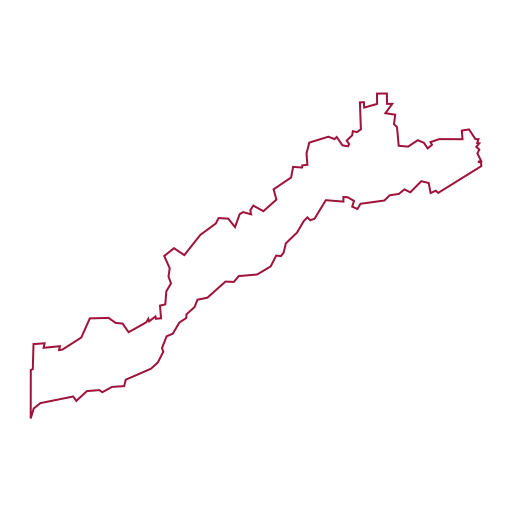 Pijiño Del Carmen, Magdalena, Colombia (Robinson projection)
{"feature_id": "7082276B92401866793230", "entity_name": "Pijiño Del Carmen", "entity_type": "district", "adm_level": 2, "iso_a3": "COL", "parent_name": "Colombia", "parent_adm1": "Magdalena", "projection": "robinson", "projection_center": [-74.146, 9.518], "detail": "medium", "context": "isolated", "style": "outline", "palette": "rose", "viewbox_px": 512, "rotation_deg": 0, "n_neighbors": 0, "source": "geoboundaries", "source_scale": "gbopen_adm2", "svg_char_len": 1908}
<svg xmlns="http://www.w3.org/2000/svg" viewBox="0 0 512 512"><path d="M481.3,166.1L481.1,162.7L478.0,161.7L481.2,161.1L477.4,153.4L479.3,149.5L476.3,146.9L479.3,143.3L477.2,143.0L478.5,139.1L475.4,139.1L469.0,129.4L461.8,130.6L462.5,139.2L439.2,139.1L430.5,142.1L432.0,144.8L427.6,148.4L423.9,142.8L417.8,140.2L408.1,146.6L398.7,145.8L397.0,127.1L394.0,124.1L395.2,114.7L385.4,113.2L392.2,103.9L387.0,103.9L386.9,93.5L377.0,93.6L377.1,103.9L364.2,107.6L363.9,102.2L359.9,102.4L360.9,129.3L357.0,132.1L352.8,131.2L352.2,135.3L346.7,140.6L349.2,144.1L347.9,146.3L342.4,145.3L336.7,137.0L334.5,139.1L328.4,136.7L309.3,142.6L306.5,153.3L307.4,164.8L302.3,165.4L302.0,167.5L293.1,166.9L291.1,177.5L273.6,189.3L276.4,199.6L263.4,211.2L253.3,205.6L250.3,210.2L251.1,214.3L243.1,212.1L239.7,214.1L235.0,227.1L228.2,218.6L218.6,218.1L215.8,223.5L200.3,234.9L184.3,255.1L174.0,248.2L164.2,256.0L169.7,268.2L168.5,276.5L171.0,283.4L166.3,291.4L165.3,304.4L160.0,305.6L161.0,318.3L156.0,318.8L155.4,316.5L149.1,321.4L148.3,318.8L146.3,322.3L128.6,332.2L122.6,323.6L115.6,322.9L108.6,317.9L89.8,318.4L81.3,337.5L62.4,349.6L59.1,350.1L59.9,346.2L43.6,347.8L44.6,343.3L33.5,344.1L32.8,369.1L30.8,370.0L30.7,418.5L33.7,408.5L40.4,403.1L73.2,396.5L76.3,400.9L86.9,391.1L99.2,390.1L102.4,392.2L112.0,386.9L124.2,386.1L125.7,379.7L151.0,368.7L157.8,362.5L163.3,351.7L162.0,348.1L166.6,336.3L172.8,333.7L179.4,322.5L186.3,318.0L186.5,314.3L194.6,307.0L197.5,299.7L207.4,297.7L225.4,281.6L233.9,281.9L238.7,276.1L257.1,274.5L270.7,266.4L276.2,255.6L280.9,256.1L283.6,252.7L285.9,243.3L297.0,232.6L303.8,221.0L307.4,217.4L310.2,220.2L314.5,218.8L325.8,200.2L343.4,201.6L343.4,197.0L347.6,197.2L354.0,200.9L352.2,206.6L357.4,209.0L360.5,203.8L384.4,200.5L389.7,195.3L398.9,193.9L404.4,189.4L410.3,192.3L421.3,181.2L428.7,183.0L430.6,193.0L435.8,190.7L438.2,192.9L481.3,166.1Z" fill="none" stroke="#9f1239" stroke-width="2"/></svg>